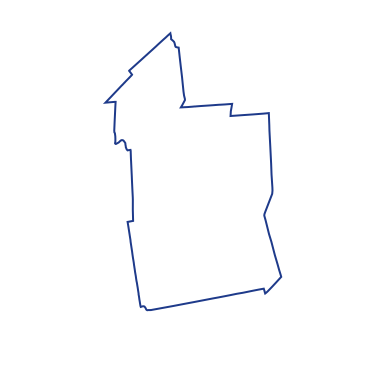 Petresti, Satu Mare, Romania, rotated 121°
{"feature_id": "2599482B2031241527565", "entity_name": "Petresti", "entity_type": "district", "adm_level": 2, "iso_a3": "ROU", "parent_name": "Romania", "parent_adm1": "Satu Mare", "projection": "equal_earth", "projection_center": [22.375, 47.595], "detail": "fine", "context": "isolated", "style": "outline", "palette": "blue", "viewbox_px": 384, "rotation_deg": 121, "n_neighbors": 0, "source": "geoboundaries", "source_scale": "gbopen_adm2", "svg_char_len": 3013}
<svg xmlns="http://www.w3.org/2000/svg" viewBox="0 0 384 384"><g transform="rotate(121 192 192)"><path d="M196.8,260.2L205.5,254.4L209.4,251.8L213.2,249.3L216.5,247.1L221.6,243.7L227.1,240.0L228.8,238.9L238.0,233.4L247.1,227.6L249.4,230.2L250.8,231.8L254.7,228.5L264.9,220.0L266.4,218.9L274.0,212.6L276.4,210.7L279.2,208.4L280.7,207.1L282.6,205.5L284.4,204.1L285.7,203.0L286.7,202.2L287.5,201.5L288.5,200.7L290.0,199.5L291.5,198.2L293.0,196.9L295.0,195.3L296.8,193.8L298.3,192.4L299.5,191.4L300.8,190.3L302.2,189.1L302.7,188.7L303.8,187.8L305.7,186.2L306.8,185.3L307.2,185.1L307.8,184.6L308.2,184.2L309.9,182.8L311.4,181.6L312.3,180.8L313.5,179.8L314.7,178.8L315.5,178.1L316.1,177.6L316.6,177.1L316.9,176.7L316.7,176.5L315.9,175.9L315.3,175.3L315.1,174.9L314.8,174.5L314.7,174.0L314.7,173.6L314.9,173.2L315.2,172.4L315.6,171.7L316.1,171.0L316.4,170.3L316.4,170.0L316.4,169.6L316.1,169.1L315.6,168.5L315.3,167.9L314.9,167.3L314.6,166.9L314.4,166.4L313.9,165.9L305.9,156.8L299.4,149.4L291.8,140.9L285.4,133.7L278.4,125.9L272.4,119.2L268.8,115.1L264.5,110.3L260.8,106.2L256.2,101.2L252.1,96.4L248.7,92.7L245.4,89.1L241.6,84.9L237.9,80.7L238.7,79.8L239.5,78.9L240.6,77.8L241.3,77.0L240.3,76.6L238.4,76.0L232.8,74.7L226.2,73.3L220.7,72.2L218.8,71.8L217.2,73.5L213.9,77.2L210.1,81.2L203.4,88.5L193.8,98.3L188.4,104.3L181.6,111.1L178.4,114.3L175.0,117.9L173.7,118.5L171.2,119.0L152.3,122.3L149.4,123.7L146.9,125.3L136.1,132.8L127.2,138.6L111.4,149.2L99.4,157.3L95.0,160.1L86.0,166.0L84.8,166.8L85.5,167.7L88.0,171.1L93.9,179.4L99.7,187.7L105.1,195.4L105.8,196.4L107.0,198.1L104.5,199.4L102.8,200.3L99.1,201.7L95.8,203.0L99.8,208.6L102.6,212.7L102.9,213.2L105.5,216.9L106.3,218.0L109.1,222.0L113.4,228.2L116.5,232.6L116.9,233.1L117.4,233.9L118.3,235.1L121.1,239.0L125.2,245.1L122.4,245.1L116.8,245.4L115.8,246.1L113.4,248.5L110.3,251.0L103.5,256.1L98.8,259.6L89.5,266.8L82.6,272.1L75.1,277.8L75.6,279.0L75.8,279.8L76.0,280.3L76.0,280.7L75.9,281.0L75.6,281.4L74.6,282.4L73.2,283.8L72.5,284.8L72.0,286.9L71.8,288.5L71.7,288.7L70.9,289.1L69.6,290.0L69.1,290.4L67.7,291.8L67.1,292.3L70.3,293.3L73.2,294.1L76.0,295.0L83.4,297.2L85.6,297.8L110.4,305.3L120.2,308.3L120.5,308.3L121.6,305.5L122.3,303.8L122.5,303.8L123.1,303.9L125.4,304.4L130.9,305.7L131.2,305.8L132.9,306.1L133.0,306.2L134.5,306.5L135.9,306.8L136.4,306.9L136.5,307.0L138.3,307.4L160.0,312.2L157.4,308.6L154.5,304.6L154.1,303.9L157.9,301.9L170.9,294.9L179.7,290.1L180.7,289.3L180.9,289.2L181.0,289.0L181.1,288.7L181.4,288.3L183.8,286.4L184.6,285.9L185.8,285.1L186.5,284.7L188.0,283.8L188.5,283.6L189.7,283.1L190.0,282.9L190.0,282.6L190.1,282.3L190.1,282.1L189.9,281.9L189.6,281.7L188.9,281.3L188.1,280.8L187.2,280.3L186.4,280.1L185.2,279.8L184.9,279.6L184.2,279.4L183.9,279.2L183.7,278.7L183.3,278.2L183.2,277.4L183.4,276.7L183.8,275.7L184.4,274.4L184.5,274.3L186.0,273.2L186.8,272.4L187.6,271.9L188.3,271.0L189.1,269.9L189.5,268.7L189.3,268.5L187.6,266.4L188.1,265.9L191.8,263.5L195.5,261.1L196.8,260.2Z" fill="none" stroke="#1e3a8a" stroke-width="2"/></g></svg>